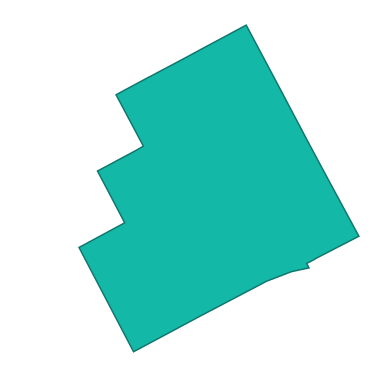 the district of Winston, Mississippi, United States of America, rotated 332°
{"feature_id": "52423323B31713445578936", "entity_name": "Winston", "entity_type": "district", "adm_level": 2, "iso_a3": "USA", "parent_name": "United States of America", "parent_adm1": "Mississippi", "projection": "equal_earth", "projection_center": [-89.02, 33.103], "detail": "fine", "context": "isolated", "style": "filled", "palette": "teal", "viewbox_px": 384, "rotation_deg": 332, "n_neighbors": 0, "source": "geoboundaries", "source_scale": "gbopen_adm2", "svg_char_len": 508}
<svg xmlns="http://www.w3.org/2000/svg" viewBox="0 0 384 384"><g transform="rotate(332 192 192)"><path d="M180.9,70.4L170.6,70.5L170.6,128.7L160.6,129.0L118.4,129.1L118.3,158.4L118.1,187.6L66.2,187.9L66.0,216.7L65.4,305.6L140.8,305.4L216.1,305.8L242.3,309.0L259.7,313.9L259.7,308.9L264.6,309.0L267.8,309.0L270.7,308.8L318.6,309.4L318.6,308.4L318.1,237.0L318.0,201.0L318.2,145.0L318.2,70.1L274.7,70.2L274.1,70.2L241.9,70.4L203.2,70.3L180.9,70.4Z" fill="#14b8a6" stroke="#0f766e" stroke-width="1.5"/></g></svg>